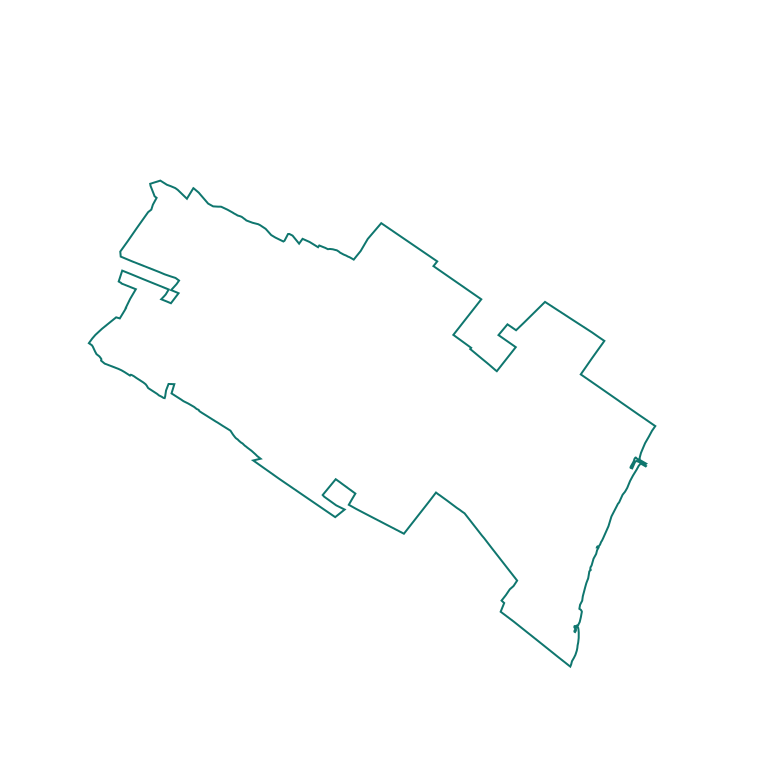 Yobaín, Yucatán, Mexico (Equal Earth projection), rotated 120°
{"feature_id": "50627088B68824645549174", "entity_name": "Yobaín", "entity_type": "district", "adm_level": 2, "iso_a3": "MEX", "parent_name": "Mexico", "parent_adm1": "Yucatán", "projection": "equal_earth", "projection_center": [-89.114, 21.287], "detail": "fine", "context": "isolated", "style": "outline", "palette": "teal", "viewbox_px": 768, "rotation_deg": 120, "n_neighbors": 0, "source": "geoboundaries", "source_scale": "gbopen_adm2", "svg_char_len": 4880}
<svg xmlns="http://www.w3.org/2000/svg" viewBox="0 0 768 768"><g transform="rotate(120 384 384)"><path d="M311.4,556.2L310.5,558.9L308.8,564.1L308.4,570.8L308.5,572.8L310.1,578.5L311.2,585.0L311.0,585.8L310.4,590.8L310.6,592.3L311.3,595.2L311.2,596.2L311.3,599.9L311.2,600.1L311.3,606.7L311.9,613.7L313.4,616.4L315.6,620.8L315.7,626.5L311.7,637.9L310.9,640.1L309.7,646.7L309.7,647.0L320.6,647.3L322.1,647.3L319.0,659.7L318.7,662.7L319.3,667.6L320.0,671.6L319.7,679.4L327.5,686.6L329.1,685.3L335.0,677.9L336.1,676.6L336.5,674.0L344.3,673.8L349.3,672.7L353.1,674.2L372.2,676.0L388.1,677.3L401.2,678.6L405.3,675.7L403.7,663.2L399.4,634.5L398.7,628.8L397.4,622.2L396.4,617.6L396.9,613.2L401.3,613.6L409.1,615.3L408.5,610.7L408.2,608.3L408.1,607.3L420.6,608.9L421.2,613.7L422.0,619.3L418.0,618.3L415.6,617.8L409.8,617.7L413.7,645.6L415.5,659.1L416.7,667.4L427.9,665.0L427.9,662.3L428.2,661.6L428.0,660.0L426.0,646.3L437.1,646.4L447.3,645.7L447.3,645.4L449.8,645.4L459.3,645.6L460.2,649.3L477.1,655.8L485.8,658.5L490.5,659.4L496.2,660.0L496.5,656.3L497.2,654.9L500.3,650.5L501.9,647.9L502.4,644.3L503.3,642.1L503.8,641.2L505.2,640.7L506.0,636.1L503.7,621.6L503.4,618.2L503.4,614.7L503.7,608.2L502.7,608.0L502.4,607.2L502.3,604.6L502.6,601.2L503.0,593.0L503.4,590.3L504.1,588.6L505.4,586.3L505.5,585.1L505.7,581.3L506.0,575.4L506.4,573.2L506.2,570.3L506.3,568.0L505.9,566.9L504.2,567.3L498.6,569.5L491.7,570.6L489.0,565.5L491.9,564.8L498.4,563.3L498.9,551.8L499.1,549.7L499.1,548.5L498.8,543.9L498.8,539.4L498.8,536.9L499.3,533.8L499.1,531.6L499.8,530.3L500.0,527.5L500.2,521.4L500.6,511.2L500.6,509.0L500.6,508.8L500.9,502.6L501.1,496.1L501.2,493.6L503.3,489.5L504.5,486.6L505.0,485.1L505.2,482.8L505.6,481.6L506.2,478.5L506.2,476.8L507.0,473.8L507.2,471.8L507.4,470.9L508.1,465.2L509.2,460.0L509.8,457.8L510.4,453.5L515.6,459.0L518.5,427.7L523.7,359.7L512.4,355.3L513.0,364.7L511.5,379.5L510.8,381.6L490.6,378.2L491.1,373.0L491.4,370.6L493.2,354.0L499.5,354.1L506.2,354.1L506.1,345.8L505.7,336.1L503.7,291.9L492.4,290.3L485.4,289.3L479.7,288.5L468.5,286.9L462.8,286.1L452.0,284.7L452.4,281.7L452.5,279.9L452.8,277.1L453.4,271.3L454.9,258.8L455.1,255.7L455.5,252.4L455.7,249.6L457.8,244.4L466.3,223.4L467.4,220.3L472.4,208.2L483.5,180.8L487.7,170.4L494.2,170.8L498.9,172.4L505.9,172.9L512.8,173.9L513.6,170.4L522.9,169.1L524.9,152.8L530.9,112.9L533.3,97.3L535.6,81.4L534.7,81.5L533.3,81.7L530.1,82.6L526.2,82.6L522.9,82.8L518.6,83.7L515.9,84.6L513.7,85.6L510.7,86.6L506.6,88.4L502.0,91.0L499.4,92.8L498.1,93.9L498.2,95.4L498.7,95.7L499.3,95.9L499.6,95.8L499.9,95.6L500.4,95.3L500.9,94.8L501.8,94.5L502.6,94.5L503.3,94.5L503.3,95.1L502.9,95.5L502.6,95.4L502.0,95.7L501.2,95.6L500.2,95.9L499.9,96.8L499.4,97.6L498.9,97.8L498.4,97.9L498.2,97.7L498.3,97.4L498.3,97.0L498.0,96.8L497.6,96.7L497.1,96.4L498.0,95.8L498.1,95.0L496.0,95.2L494.4,95.4L492.3,95.5L487.6,96.9L483.1,98.5L482.5,98.7L482.0,99.0L481.1,100.7L481.0,102.4L477.2,103.8L472.6,104.0L468.4,105.7L464.7,106.7L459.6,108.1L456.9,108.8L454.8,109.3L450.2,110.0L447.5,111.0L443.6,112.5L441.7,112.0L441.5,112.7L439.5,113.5L437.3,113.5L430.5,115.2L425.1,115.3L421.6,116.3L420.1,116.4L419.5,116.4L418.7,116.4L418.9,117.4L419.1,117.9L418.3,118.0L417.9,117.9L417.8,117.5L417.0,116.8L415.0,116.6L412.3,117.0L410.6,116.9L408.0,117.1L394.9,118.5L391.5,119.3L385.0,120.8L374.4,121.3L370.8,121.5L370.6,121.5L369.8,121.3L369.2,121.2L368.7,121.2L360.6,122.0L356.8,121.4L352.4,121.4L344.9,122.4L338.8,122.6L331.6,122.4L327.5,122.5L325.4,122.1L324.5,121.8L324.5,116.2L324.0,116.1L323.9,117.7L324.0,121.6L324.0,123.5L324.1,124.9L324.5,126.9L325.1,127.3L325.8,127.6L326.5,127.5L327.1,127.5L328.4,127.4L329.8,127.2L330.9,127.1L332.5,126.9L333.0,126.9L333.0,127.0L333.3,128.4L333.2,128.7L332.7,128.9L331.7,129.0L329.7,129.0L327.4,129.0L325.2,129.2L323.9,129.6L323.4,129.6L322.2,129.5L321.8,129.2L321.9,128.7L322.0,128.4L322.1,128.0L322.2,127.6L322.4,126.7L322.1,126.4L322.1,125.9L322.3,125.3L322.5,124.7L322.5,123.6L322.4,117.3L321.9,117.1L321.9,124.5L320.7,125.3L319.7,125.8L315.2,127.0L309.7,127.7L304.7,128.3L297.0,128.3L290.6,128.5L284.8,128.0L284.6,130.8L283.6,143.1L283.3,147.3L281.4,169.8L281.1,172.7L278.9,198.8L277.3,218.4L258.1,216.8L247.7,215.8L239.8,215.0L236.5,214.7L236.0,221.6L235.3,229.6L234.2,251.5L232.4,285.6L261.1,293.5L271.4,296.5L270.6,306.9L284.4,309.3L286.2,288.3L316.5,292.7L316.3,294.3L314.3,304.9L313.2,311.6L310.6,326.8L309.1,326.6L306.8,348.5L262.0,342.1L257.2,400.1L251.2,399.2L246.1,466.8L266.5,470.6L280.5,470.7L287.4,471.8L291.4,472.4L291.4,477.1L291.7,479.1L291.7,480.8L292.1,483.9L292.1,485.2L292.2,487.8L291.9,489.2L291.8,491.7L292.3,493.3L292.9,495.6L294.1,498.4L295.3,500.0L295.5,503.2L295.7,504.3L296.4,509.3L298.5,509.5L298.2,519.4L299.0,527.1L304.9,527.7L301.2,537.4L301.4,541.0L302.1,542.1L309.7,541.8L310.3,542.1L310.9,542.4L311.5,551.3L311.4,556.2Z" fill="none" stroke="#0f766e" stroke-width="2"/></g></svg>